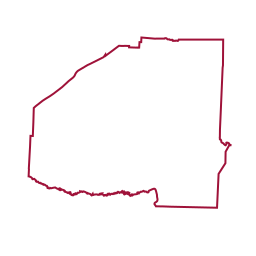 outline of Melton, Victoria, Australia, rotated 264°
{"feature_id": "25037944B20594454480773", "entity_name": "Melton", "entity_type": "district", "adm_level": 2, "iso_a3": "AUS", "parent_name": "Australia", "parent_adm1": "Victoria", "projection": "equal_earth", "projection_center": [144.547, -37.681], "detail": "fine", "context": "isolated", "style": "outline", "palette": "rose", "viewbox_px": 256, "rotation_deg": 264, "n_neighbors": 0, "source": "geoboundaries", "source_scale": "gbopen_adm2", "svg_char_len": 5182}
<svg xmlns="http://www.w3.org/2000/svg" viewBox="0 0 256 256"><g transform="rotate(264 128 128)"><path d="M203.4,113.2L201.3,111.4L200.9,110.8L195.5,96.4L194.8,94.3L190.5,85.0L190.0,84.0L189.3,83.1L188.4,82.2L187.7,81.6L185.5,80.3L184.4,79.2L183.9,78.6L180.9,73.9L175.6,66.8L169.8,57.3L167.8,53.6L165.7,49.2L164.0,45.9L159.3,38.4L157.8,36.4L143.0,34.4L130.0,32.5L130.4,30.2L119.5,28.6L112.1,27.4L97.8,25.1L97.5,25.2L90.3,24.1L90.2,24.6L90.1,24.9L90.0,25.1L89.8,25.2L89.6,25.7L89.2,26.4L88.2,27.3L87.7,27.5L87.1,27.6L87.0,27.8L87.0,28.2L87.3,29.3L87.2,29.5L86.2,30.3L85.6,30.8L85.3,31.2L85.2,31.2L84.7,30.9L84.3,31.1L84.0,31.6L84.0,31.9L83.9,33.1L83.2,33.3L82.7,33.8L82.5,34.4L82.6,34.8L82.3,34.9L82.2,35.0L82.2,35.5L82.1,35.9L81.6,36.1L81.5,36.7L81.1,37.8L80.6,37.7L80.4,37.9L80.3,38.3L80.4,39.0L80.3,39.3L80.1,39.6L79.9,39.8L79.6,39.9L79.5,40.0L79.3,40.4L79.0,40.7L78.9,41.3L78.4,41.4L77.8,41.9L77.1,41.6L76.8,41.7L76.9,42.2L76.3,42.8L76.1,43.4L76.1,43.6L76.1,43.8L76.6,44.2L76.5,44.4L76.1,45.3L76.4,47.6L76.4,48.3L76.5,49.3L76.0,50.0L75.3,50.8L74.9,51.7L74.3,52.4L73.9,53.1L74.9,52.9L75.2,53.9L74.5,54.6L74.3,54.7L73.9,54.8L73.6,54.6L73.4,54.5L73.4,55.0L73.8,55.4L73.9,55.6L73.5,56.0L73.3,56.8L72.9,57.7L72.3,58.4L71.9,58.7L71.7,58.7L71.4,58.3L71.2,58.5L71.1,59.0L70.8,59.6L70.5,60.3L69.8,61.0L70.2,61.7L70.1,61.9L69.7,62.1L69.8,62.6L70.3,63.4L70.3,63.8L70.2,64.0L69.9,64.1L69.5,64.0L68.8,63.2L68.7,63.2L68.4,63.7L68.0,64.8L67.9,64.9L67.4,64.7L67.2,64.9L67.0,65.9L66.8,66.1L66.8,66.5L67.0,66.9L67.1,67.0L67.8,67.0L68.0,67.1L68.0,67.4L67.9,67.7L67.5,68.4L67.5,68.6L68.4,68.8L68.5,68.8L68.6,69.0L68.5,69.3L67.7,69.7L67.6,70.0L68.9,71.2L68.7,72.0L68.8,72.4L69.4,73.9L69.6,74.0L69.8,73.8L70.0,73.8L69.9,74.0L69.9,74.6L69.8,75.3L69.7,75.4L69.2,75.7L69.1,76.0L69.2,76.4L69.6,76.8L69.6,77.2L68.7,79.0L67.8,80.0L67.9,80.4L67.7,80.8L67.1,80.6L66.9,81.0L67.1,81.5L67.0,81.8L66.8,82.4L66.3,83.5L65.7,84.0L65.2,84.3L64.7,84.9L64.8,85.1L65.5,85.4L66.2,86.0L65.4,86.1L65.1,86.3L65.0,86.7L65.3,87.2L65.3,89.4L65.1,90.5L64.6,91.2L64.7,91.9L64.6,92.1L64.6,92.3L64.8,92.4L65.2,92.6L65.5,92.9L65.4,93.4L65.7,94.3L65.7,94.6L65.1,93.8L64.8,93.8L64.9,94.8L64.6,95.4L64.6,95.8L64.5,96.3L64.3,96.5L63.4,96.8L63.2,97.0L63.7,97.6L63.8,97.7L63.7,98.4L63.8,98.7L63.8,98.9L63.5,99.1L63.1,99.2L63.0,99.4L63.0,99.7L63.1,100.3L63.4,100.7L64.0,100.7L64.5,100.8L64.6,101.0L64.8,101.4L64.7,101.6L64.1,102.1L64.2,102.3L64.5,102.8L63.5,103.3L63.6,103.5L64.0,103.9L64.1,104.4L64.3,104.7L64.3,104.9L64.2,105.2L63.9,105.7L64.0,106.1L64.3,106.3L64.5,106.8L64.3,107.0L64.0,107.0L63.9,107.1L64.3,107.7L64.2,108.2L64.3,108.3L64.6,108.3L64.8,108.4L64.7,108.7L64.2,109.1L64.2,109.3L64.4,109.5L64.7,109.5L64.9,109.7L64.9,109.9L64.8,110.2L64.5,110.5L64.7,110.9L65.4,111.1L65.6,111.4L65.5,111.6L64.9,111.9L64.9,112.4L64.8,112.7L64.4,112.9L64.5,113.1L64.9,113.5L64.7,114.1L64.6,114.5L65.1,114.6L65.8,115.4L65.9,115.6L65.7,115.7L65.4,115.7L64.9,115.4L64.8,115.5L64.7,115.7L64.6,116.0L64.7,116.4L64.8,116.7L65.3,117.0L65.4,117.3L65.1,117.4L64.7,117.3L64.4,116.5L64.0,116.3L63.9,116.4L63.4,116.9L63.0,117.2L62.5,117.2L62.3,117.4L62.7,118.7L62.9,118.7L63.2,118.4L63.5,118.4L64.3,119.1L64.3,119.3L63.9,119.9L63.5,120.0L62.9,120.0L62.7,120.3L62.9,120.6L63.6,120.7L64.1,120.9L64.2,121.1L64.1,121.4L63.5,121.8L63.5,122.4L63.3,122.6L63.1,122.5L62.9,122.3L62.6,121.3L62.4,121.0L62.2,121.1L61.8,121.9L61.5,122.4L61.2,122.6L60.9,122.7L60.8,123.1L60.6,123.2L60.3,123.3L60.5,123.8L61.4,124.3L61.6,124.7L61.6,125.2L61.5,125.4L61.2,125.2L60.5,124.5L60.4,124.6L60.3,124.9L60.6,125.6L61.0,126.0L61.2,126.5L61.3,127.2L61.3,129.3L61.4,130.0L61.5,130.5L62.0,130.8L62.8,130.6L63.0,131.3L62.9,131.5L62.6,131.4L62.2,131.4L61.9,131.6L61.8,132.0L62.0,132.1L62.7,132.6L62.8,132.9L62.9,133.8L63.3,134.1L63.2,134.6L63.2,135.2L63.5,135.9L63.9,136.8L63.8,137.1L63.4,137.2L63.0,137.7L62.9,138.1L63.0,138.9L63.0,139.1L62.7,139.7L62.1,140.1L61.9,140.7L61.8,141.1L62.0,141.6L63.1,142.0L63.5,142.5L63.9,143.8L64.3,144.9L64.7,146.3L64.9,147.4L64.8,148.0L64.6,148.4L63.9,148.9L62.2,149.3L58.7,149.8L56.5,149.7L54.2,149.9L53.3,149.8L52.3,149.4L51.6,148.5L51.3,147.9L50.9,147.0L50.3,146.5L49.4,146.4L47.9,147.3L47.2,147.6L46.5,153.4L46.5,153.6L45.3,162.0L39.4,208.2L72.9,213.3L82.8,221.2L94.2,222.6L100.3,226.9L100.0,229.0L100.4,228.2L100.9,227.2L101.0,226.9L101.6,227.0L101.8,227.0L102.2,226.8L102.8,226.0L103.1,225.1L103.2,224.7L103.1,224.3L101.9,224.3L100.8,223.5L100.6,223.3L100.7,223.0L101.0,222.6L101.6,222.2L101.8,221.8L102.4,221.5L102.8,221.2L103.8,219.7L104.5,219.3L104.9,219.4L105.3,219.4L106.1,219.3L106.6,219.0L106.8,218.9L106.9,218.4L107.1,218.2L109.2,218.3L109.3,218.4L116.9,219.3L133.5,221.8L178.0,228.4L180.4,229.0L206.0,231.9L210.6,187.6L210.3,187.4L210.1,187.4L209.6,187.0L209.4,186.7L209.5,186.1L210.0,184.9L209.7,184.1L209.7,183.8L209.9,183.4L209.9,182.8L209.9,181.8L210.2,181.5L210.9,181.6L211.1,181.4L211.2,179.1L211.5,178.7L211.8,178.5L211.9,178.3L211.9,177.2L212.1,176.5L213.1,175.7L213.4,175.1L213.4,174.0L213.1,173.7L214.1,163.7L216.6,150.8L212.0,150.1L212.2,148.4L206.8,147.5L207.0,145.9L206.9,145.9L208.1,137.5L209.5,137.7L210.0,133.5L210.2,130.8L210.7,127.6L202.2,113.3L203.4,113.2Z" fill="none" stroke="#9f1239" stroke-width="2"/></g></svg>